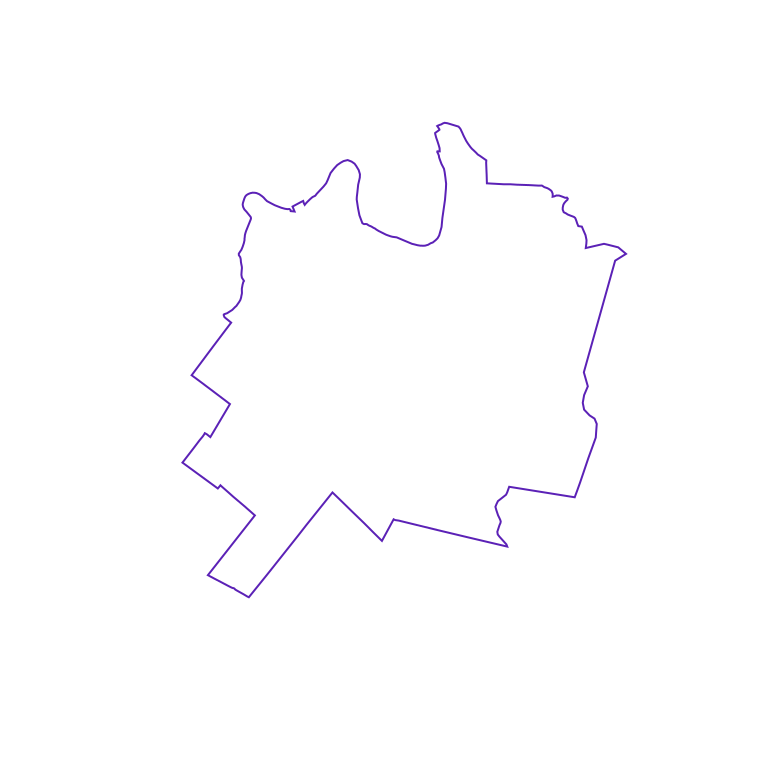 the district of Biliesti, Vrancea, Romania, rotated 35°
{"feature_id": "2599482B7055323115880", "entity_name": "Biliesti", "entity_type": "district", "adm_level": 2, "iso_a3": "ROU", "parent_name": "Romania", "parent_adm1": "Vrancea", "projection": "mercator", "projection_center": [27.326, 45.715], "detail": "fine", "context": "isolated", "style": "outline", "palette": "violet", "viewbox_px": 768, "rotation_deg": 35, "n_neighbors": 0, "source": "geoboundaries", "source_scale": "gbopen_adm2", "svg_char_len": 4581}
<svg xmlns="http://www.w3.org/2000/svg" viewBox="0 0 768 768"><g transform="rotate(35 384 384)"><path d="M507.6,138.6L497.5,137.7L487.5,141.5L483.8,143.0L471.3,156.9L469.2,152.9L467.4,150.0L463.7,146.5L458.5,143.3L455.8,141.6L452.6,143.2L450.2,141.7L448.5,140.4L446.5,139.0L445.3,138.3L443.9,138.2L442.5,138.5L440.6,139.0L438.5,139.5L437.2,139.8L435.4,139.8L432.7,140.2L430.4,138.7L429.3,137.1L428.2,134.6L427.9,132.8L428.1,130.2L428.6,127.8L428.2,126.7L426.9,126.4L426.4,127.0L425.4,127.6L423.6,128.0L421.7,128.5L419.3,129.2L417.1,130.7L415.8,132.7L414.7,133.9L414.0,132.7L412.9,131.3L411.4,130.3L410.3,129.8L409.1,129.7L407.2,129.7L406.2,129.8L405.5,129.9L404.0,130.3L402.7,130.7L402.2,130.8L401.2,130.8L399.5,130.9L396.4,133.1L389.0,137.7L378.4,144.6L372.8,148.0L367.2,151.9L353.2,160.6L347.9,153.5L346.2,151.3L340.8,144.2L339.5,142.1L338.5,142.1L336.6,142.1L335.0,142.1L333.8,142.1L331.2,142.1L330.0,142.2L329.1,142.2L326.7,141.7L323.5,141.2L321.1,140.9L318.8,140.3L314.8,138.9L311.9,137.7L307.9,135.6L305.8,134.4L304.2,133.4L302.4,132.4L300.9,131.5L300.0,131.1L298.7,130.7L297.6,130.5L297.4,130.4L286.4,134.0L283.8,135.3L282.7,136.9L282.0,138.5L281.0,139.8L279.9,141.5L279.6,142.2L280.6,142.5L283.3,143.6L283.6,144.0L283.2,145.3L281.9,149.0L282.3,149.6L285.5,152.3L288.3,154.3L291.6,156.8L294.2,158.9L296.2,161.5L294.3,162.8L294.5,163.4L296.2,164.3L298.0,165.5L299.2,166.8L301.7,168.6L303.3,169.7L304.9,170.8L309.7,173.3L312.2,175.7L315.9,179.7L320.0,184.3L322.7,188.5L328.3,198.1L336.6,214.5L341.1,222.4L344.0,230.7L344.3,233.9L343.8,236.6L342.8,240.1L341.5,241.9L340.3,244.6L338.4,247.0L337.2,248.0L334.3,249.9L331.8,251.1L328.6,252.3L326.6,253.1L318.3,254.9L310.3,256.6L307.4,258.1L306.4,258.6L304.8,259.2L302.0,260.0L300.1,260.5L292.0,261.7L289.2,261.9L287.4,261.8L285.8,262.1L283.8,262.2L282.4,262.4L281.4,262.7L279.9,262.9L278.7,262.8L277.6,263.2L275.8,264.5L274.1,264.7L272.3,263.5L267.1,259.9L262.0,255.0L259.6,252.5L255.8,248.5L254.4,246.3L252.2,242.2L248.5,235.5L245.8,228.8L244.0,226.0L240.6,223.3L236.1,221.3L233.5,220.4L229.9,220.4L225.8,221.4L223.0,224.6L221.6,227.5L220.1,231.5L219.5,236.2L219.2,241.8L220.9,249.3L221.5,252.8L221.2,257.0L219.8,266.7L219.7,269.2L218.2,271.9L217.5,274.7L216.7,278.9L216.3,282.0L216.3,282.7L214.8,282.0L212.8,280.4L211.9,282.0L207.3,291.1L209.6,292.6L211.8,294.0L208.4,295.9L207.4,295.0L206.2,294.9L204.5,296.2L202.3,297.3L198.9,298.5L195.3,299.4L192.0,300.2L188.3,300.7L183.3,301.3L180.9,300.9L178.4,300.3L176.1,300.1L172.9,300.1L170.1,300.7L168.6,301.4L166.7,302.6L165.1,304.3L163.9,306.1L163.0,308.1L162.8,310.0L163.2,312.1L164.5,316.3L165.2,317.9L166.1,318.9L167.4,320.0L169.5,321.1L172.7,321.8L178.9,323.6L179.7,324.2L180.2,324.9L180.5,325.9L183.3,337.9L184.0,340.1L184.7,341.9L185.7,343.6L186.4,345.0L187.2,346.1L188.4,349.0L189.0,351.0L189.5,352.7L190.2,355.9L190.2,357.8L190.3,360.5L191.2,361.7L193.5,362.6L195.0,363.9L196.8,366.1L198.4,367.7L200.1,369.3L201.1,370.5L202.7,373.3L204.6,376.4L206.6,378.4L210.2,379.9L210.3,381.4L210.6,382.1L211.1,383.6L212.3,386.2L212.9,387.5L214.2,389.3L215.2,390.6L215.8,391.6L216.7,393.8L217.3,395.0L217.6,395.9L218.1,397.5L218.2,398.6L218.3,399.8L218.3,404.8L217.9,406.3L217.7,407.5L217.2,410.4L215.7,414.0L214.9,416.0L214.3,416.8L213.2,418.3L212.9,419.0L213.3,419.6L214.9,420.7L216.6,420.9L223.6,421.4L223.4,425.8L222.5,450.9L221.4,487.2L230.8,487.4L250.9,488.1L269.3,488.8L272.2,527.1L267.7,526.8L265.4,527.1L265.6,528.5L265.6,531.1L265.2,536.0L264.8,546.7L264.0,564.0L307.8,564.9L308.1,561.3L308.1,560.8L310.3,561.1L318.4,562.0L325.1,562.8L326.2,562.9L341.4,564.3L342.0,564.4L343.8,564.6L347.5,565.0L349.2,565.2L352.6,565.6L353.6,565.7L349.4,641.6L356.8,640.7L370.9,638.9L374.6,638.4L376.4,638.1L377.4,637.8L377.8,637.5L378.5,637.4L379.0,637.4L379.5,637.6L380.2,637.7L381.5,637.6L384.6,637.3L389.4,636.8L392.2,636.6L393.8,636.5L395.6,636.2L397.6,607.0L399.1,582.3L400.6,557.5L401.3,543.9L404.0,502.4L412.9,503.8L430.6,506.7L447.6,509.4L459.9,511.6L472.3,513.7L469.5,489.3L471.1,489.1L474.5,487.4L511.5,473.0L540.1,461.7L578.2,446.5L576.3,445.2L571.2,444.0L566.0,442.8L563.5,442.0L561.6,440.1L559.7,433.8L559.5,433.0L559.1,431.0L558.5,429.7L557.4,428.8L555.4,427.6L552.7,426.1L548.5,423.0L545.7,420.7L545.0,417.7L544.5,414.6L547.5,404.7L547.3,403.5L547.1,402.2L546.3,399.3L545.5,396.4L605.2,367.4L603.2,359.8L601.1,352.1L598.3,342.5L593.9,327.5L590.1,313.4L588.2,306.4L584.7,300.6L581.2,294.7L576.3,291.6L570.4,291.8L562.6,290.2L557.6,285.4L554.3,278.3L552.3,269.0L541.0,259.8L533.8,239.3L502.6,150.4L505.1,144.5L507.6,138.6Z" fill="none" stroke="#5b21b6" stroke-width="2"/></g></svg>